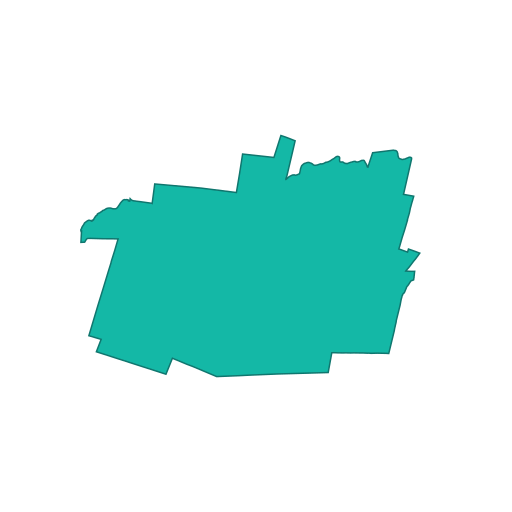 Radomiresti, Olt, Romania, rotated 121°
{"feature_id": "2599482B17216146202698", "entity_name": "Radomiresti", "entity_type": "district", "adm_level": 2, "iso_a3": "ROU", "parent_name": "Romania", "parent_adm1": "Olt", "projection": "equal_earth", "projection_center": [24.652, 44.109], "detail": "fine", "context": "isolated", "style": "filled", "palette": "teal", "viewbox_px": 512, "rotation_deg": 121, "n_neighbors": 0, "source": "geoboundaries", "source_scale": "gbopen_adm2", "svg_char_len": 5885}
<svg xmlns="http://www.w3.org/2000/svg" viewBox="0 0 512 512"><g transform="rotate(121 256 256)"><path d="M316.0,420.0L317.6,419.9L318.6,419.9L319.4,420.0L320.2,420.0L321.2,420.0L321.7,419.8L322.2,419.7L323.4,419.7L323.9,419.6L324.7,418.9L325.0,418.6L324.6,418.3L334.5,413.1L332.4,410.0L332.1,410.0L329.1,410.0L328.4,409.8L327.6,409.3L326.1,406.9L319.8,395.7L315.1,387.8L312.4,383.0L324.2,379.9L335.0,377.3L336.8,376.7L345.0,374.7L363.7,370.0L379.2,366.2L410.4,358.2L407.2,345.8L420.3,343.5L403.7,272.3L386.7,275.0L384.4,259.5L383.3,253.5L379.6,227.6L367.5,209.2L361.0,199.5L346.3,177.2L318.7,134.1L299.9,141.2L299.4,140.4L298.8,139.5L297.3,136.8L296.8,135.8L296.4,135.2L294.4,131.7L293.5,130.3L292.4,128.5L290.3,124.8L289.7,123.9L289.1,122.9L288.6,122.2L288.1,121.3L286.4,118.4L285.8,117.3L284.0,114.3L282.1,110.8L281.0,109.0L280.2,107.3L276.8,102.0L273.6,96.4L272.4,94.3L271.2,92.0L248.8,99.0L246.8,99.8L244.3,100.6L243.5,100.9L241.2,101.6L239.9,102.1L239.4,102.4L224.1,107.1L222.2,107.8L219.8,108.7L218.1,109.3L216.2,109.8L214.7,110.3L214.4,110.3L214.2,110.2L213.8,110.3L213.6,110.4L213.5,110.5L213.2,110.5L212.2,110.3L211.9,110.3L211.4,110.0L211.2,110.0L210.9,110.0L209.8,110.1L208.7,110.3L206.4,110.6L205.6,110.8L204.5,110.9L203.9,110.8L203.2,110.6L202.3,110.6L202.0,110.5L201.4,110.5L200.1,110.5L199.6,110.5L199.3,110.5L198.9,110.4L198.2,110.4L197.9,110.4L197.4,110.2L197.2,110.1L196.9,109.9L196.7,109.8L196.6,109.6L196.0,109.1L195.9,109.0L195.7,109.0L195.3,108.6L195.0,108.7L194.1,109.1L193.8,109.3L193.2,109.4L192.1,110.0L191.1,110.4L188.6,111.6L187.6,112.0L187.4,112.1L188.1,113.2L189.4,115.4L189.9,116.3L191.5,119.3L191.8,119.9L191.5,119.9L189.3,119.5L186.6,119.0L184.8,118.8L182.0,118.5L179.3,118.2L177.9,118.0L176.9,117.8L176.0,117.7L171.8,117.3L169.2,117.1L169.8,120.4L170.1,122.1L171.5,128.9L174.6,128.1L175.4,132.2L176.3,136.9L176.4,137.2L173.9,137.8L169.5,139.0L168.3,139.3L165.0,140.2L157.7,141.9L151.9,143.4L147.3,144.6L147.3,144.8L140.4,146.6L139.8,146.8L137.8,147.5L135.3,148.4L133.7,148.8L133.4,148.9L129.9,149.9L127.8,150.4L125.4,151.1L124.0,151.4L123.5,151.6L127.2,161.3L92.7,172.6L91.9,173.1L91.9,173.3L91.7,173.8L91.8,174.1L91.8,174.3L92.0,174.8L92.1,175.1L92.4,175.5L92.7,175.8L93.0,176.0L93.9,176.6L94.3,176.9L94.6,177.2L94.7,177.3L94.8,177.4L94.9,177.5L95.5,177.7L95.7,177.9L96.4,178.5L96.9,179.2L97.5,179.7L97.8,180.1L98.2,180.9L98.2,181.0L98.2,181.3L98.2,181.6L98.3,181.8L98.4,182.2L98.5,182.7L98.6,183.2L98.6,183.4L98.5,183.8L98.4,184.2L98.3,184.4L98.1,184.6L97.7,185.0L97.3,185.6L97.0,185.8L96.4,186.3L96.0,186.7L95.4,187.0L94.1,188.5L93.9,188.8L93.7,189.5L93.6,190.3L93.7,190.6L93.8,190.9L93.9,191.2L94.1,191.5L94.4,192.2L94.4,192.4L94.5,192.7L107.4,209.2L120.3,206.3L121.2,206.1L122.1,205.8L122.2,206.1L122.3,206.3L122.2,206.4L122.2,206.6L121.5,207.3L121.3,207.7L120.8,208.2L120.4,208.9L119.9,209.9L119.5,210.8L119.2,211.1L118.8,211.8L118.6,212.2L118.5,212.4L118.5,212.7L118.5,213.0L118.8,213.4L119.1,213.9L119.5,214.4L119.7,214.7L122.1,216.3L122.4,216.6L122.7,216.9L123.1,217.3L123.4,217.9L123.5,218.2L123.6,218.3L123.8,218.4L123.9,218.5L123.9,218.9L123.8,219.2L123.7,219.4L123.7,219.5L124.1,220.2L124.3,220.5L124.7,221.0L125.7,221.9L126.0,222.1L126.7,222.9L127.0,223.2L127.3,223.4L128.2,224.2L128.7,224.5L129.0,224.7L129.2,225.0L129.7,225.3L130.0,225.5L130.2,226.5L130.3,226.8L130.5,226.9L130.7,227.1L130.8,227.3L130.8,228.4L130.7,229.4L130.7,229.7L130.7,229.9L130.9,230.4L131.2,230.9L131.7,231.5L131.9,232.0L132.0,232.4L131.9,232.7L131.6,233.1L131.1,233.5L130.5,234.0L129.3,234.5L128.8,234.8L128.4,235.2L128.2,235.6L128.2,235.9L128.2,236.3L128.3,236.8L128.5,237.3L128.9,237.8L129.5,238.3L130.1,238.6L132.0,239.3L132.9,239.7L133.7,240.3L134.7,240.7L135.8,241.2L137.0,241.9L137.9,242.5L138.5,243.0L139.1,243.5L139.6,244.3L139.9,244.6L140.3,244.8L140.9,245.1L141.4,245.4L141.7,245.6L142.3,246.1L143.3,247.1L143.6,247.9L144.3,248.6L144.9,249.1L145.7,249.7L146.4,250.3L147.6,251.7L148.0,252.3L148.2,253.1L148.3,253.5L148.3,253.9L148.0,255.1L148.1,255.7L148.0,256.2L148.1,256.6L148.2,256.9L148.3,257.4L148.4,258.3L148.6,258.9L148.9,259.4L149.3,260.0L150.4,261.0L151.1,261.5L151.3,261.8L151.6,262.1L151.9,262.3L153.1,262.8L154.9,263.3L155.5,263.3L157.1,263.0L158.0,262.8L158.8,262.6L159.3,262.3L161.0,261.7L162.7,261.2L162.8,261.2L163.0,261.1L163.3,261.1L163.5,261.4L163.8,261.6L164.1,261.8L164.9,262.3L165.5,262.8L165.7,263.0L166.0,263.3L166.4,263.6L166.5,263.9L166.6,264.7L167.1,265.3L167.2,265.6L167.3,265.9L167.8,266.4L168.3,266.8L170.8,268.4L171.3,268.6L172.4,268.9L173.1,269.1L174.6,269.6L174.9,269.7L175.0,269.8L174.9,269.9L174.7,270.1L174.2,270.2L173.2,270.4L172.0,270.6L144.5,279.4L137.1,281.8L137.3,283.0L138.0,287.3L138.9,292.3L139.9,296.7L162.3,291.4L175.5,320.0L193.9,312.5L211.7,305.5L226.1,338.1L246.4,379.9L264.4,372.1L264.4,372.3L269.3,383.8L270.8,387.1L271.1,388.0L271.7,389.2L272.1,390.6L272.1,391.6L272.1,392.1L271.7,393.4L274.1,392.5L274.5,393.8L274.2,394.0L273.8,394.3L273.8,394.5L273.8,394.8L273.9,395.1L274.1,395.5L274.3,396.0L274.7,396.4L274.9,396.7L275.2,397.4L275.5,397.9L276.0,398.3L276.6,398.7L278.7,399.2L280.6,399.5L281.7,399.5L285.4,399.7L286.0,399.8L286.7,400.0L287.4,400.3L287.8,400.7L288.2,401.2L288.6,401.9L289.0,402.6L289.3,403.3L289.7,405.0L290.0,405.7L290.8,407.0L291.4,407.7L292.1,408.4L292.9,408.9L293.8,409.3L295.0,409.9L295.6,410.6L296.1,410.8L296.4,411.0L296.8,410.9L297.4,411.2L297.8,411.4L298.5,411.9L299.3,412.1L299.7,412.3L300.4,413.0L300.6,413.1L301.1,413.3L301.7,413.5L301.9,413.6L302.1,413.5L302.4,413.3L302.6,413.3L304.1,413.9L305.0,414.1L305.7,413.9L306.1,414.0L306.6,414.1L307.3,414.1L307.9,414.0L308.4,413.9L308.8,413.9L309.2,414.0L309.4,414.1L309.4,414.3L309.3,414.5L309.5,414.8L310.2,414.5L310.3,414.5L310.6,414.6L310.8,414.8L310.8,415.9L311.0,416.6L311.2,417.3L311.4,417.7L311.9,418.1L312.8,418.7L314.0,419.2L315.0,419.6L316.0,420.0Z" fill="#14b8a6" stroke="#0f766e" stroke-width="1.5"/></g></svg>